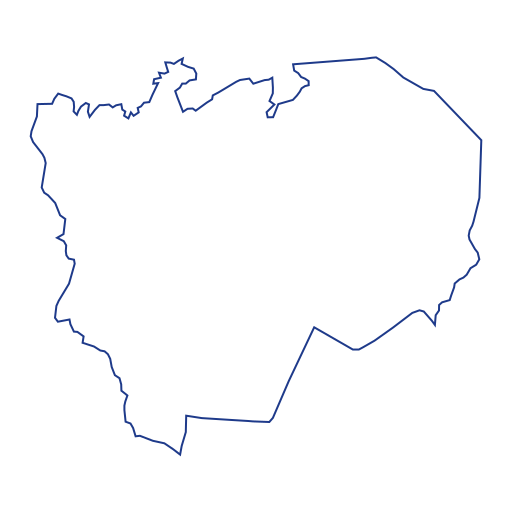 Currais Novos, Rio Grande do Norte, Brazil
{"feature_id": "56859067B29733795279027", "entity_name": "Currais Novos", "entity_type": "district", "adm_level": 2, "iso_a3": "BRA", "parent_name": "Brazil", "parent_adm1": "Rio Grande do Norte", "projection": "robinson", "projection_center": [-36.481, -6.242], "detail": "fine", "context": "isolated", "style": "outline", "palette": "blue", "viewbox_px": 512, "rotation_deg": 0, "n_neighbors": 0, "source": "geoboundaries", "source_scale": "gbopen_adm2", "svg_char_len": 2495}
<svg xmlns="http://www.w3.org/2000/svg" viewBox="0 0 512 512"><path d="M180.1,454.6L181.7,445.9L185.8,432.1L186.2,415.7L201.8,418.1L230.3,419.9L248.2,421.0L253.1,421.4L269.3,422.0L272.9,417.9L288.7,381.2L314.2,327.3L352.8,349.5L358.9,349.5L363.0,347.3L374.5,340.7L393.1,327.5L412.3,312.9L419.5,310.3L423.8,311.5L431.9,320.8L434.9,324.9L435.7,315.2L439.0,310.5L439.1,305.0L442.1,302.3L449.7,300.1L451.3,295.1L454.1,287.4L454.7,283.5L459.5,279.4L463.4,277.6L466.7,274.7L470.5,268.2L476.2,264.7L479.3,259.3L477.7,252.6L474.9,249.0L471.4,242.8L469.5,239.5L468.7,235.6L469.7,230.4L472.2,225.7L473.5,221.7L479.4,197.9L481.3,140.2L434.0,90.9L423.3,88.9L403.3,77.5L393.7,69.1L385.3,63.0L376.1,57.4L371.6,57.8L364.4,58.8L293.1,64.3L294.2,70.6L298.2,73.1L301.1,77.0L304.9,78.6L308.6,81.1L308.7,85.2L305.0,86.1L301.6,88.3L299.8,91.7L296.9,95.6L292.9,99.9L278.3,104.1L276.0,110.0L273.1,117.2L267.7,117.3L266.6,112.2L274.4,104.5L269.5,101.0L272.8,93.4L272.9,87.6L272.3,77.7L268.7,79.7L264.6,80.1L253.3,83.7L249.3,78.6L240.0,80.0L236.2,81.8L223.4,89.5L218.2,92.6L212.8,95.4L212.1,99.3L206.8,102.6L195.7,110.7L192.7,108.5L187.5,108.8L183.0,111.8L177.3,97.1L175.2,91.1L179.9,87.6L182.2,83.6L185.8,83.6L189.6,80.4L195.9,79.4L196.3,73.6L193.7,68.6L188.1,66.9L181.6,63.9L182.8,58.5L178.6,60.7L173.9,63.9L170.4,62.6L165.3,62.4L166.8,67.5L168.2,71.9L164.5,73.6L159.0,72.7L160.9,77.7L154.1,79.2L153.3,83.7L158.1,83.1L152.5,94.7L149.3,102.1L144.0,102.7L141.0,106.4L137.7,107.9L138.7,112.4L133.6,115.8L130.9,112.4L128.4,118.4L124.1,115.7L125.3,111.5L122.3,109.6L121.3,104.2L116.1,105.3L112.7,107.4L109.0,104.5L103.9,105.1L99.5,105.1L95.0,109.8L89.6,116.9L87.9,111.7L89.0,104.4L85.8,103.0L81.0,106.6L78.4,110.9L76.9,114.8L73.6,111.4L74.1,107.0L73.7,101.8L71.5,98.4L66.4,96.3L62.2,95.0L58.2,93.6L54.3,98.8L52.1,103.8L37.5,104.1L36.9,116.5L31.5,131.2L30.7,136.3L33.1,142.1L42.5,154.2L44.4,157.8L45.7,163.1L41.7,187.5L44.2,192.7L48.1,195.3L55.2,203.0L60.1,215.3L65.3,219.0L63.5,234.1L57.1,237.8L63.8,241.2L66.2,245.4L65.8,251.1L66.4,255.3L68.7,258.6L74.0,259.7L74.7,263.7L69.0,283.7L58.7,300.8L56.4,305.9L55.0,317.8L57.9,321.7L69.5,319.5L70.4,324.2L73.9,331.6L77.4,331.9L83.6,336.4L82.6,342.8L94.0,346.5L100.3,350.5L104.6,351.3L107.9,354.2L110.2,358.8L111.7,367.0L114.9,375.2L119.5,378.2L121.2,384.4L121.4,390.7L127.4,395.5L125.3,401.5L124.4,405.6L124.4,410.1L125.6,421.7L130.5,423.5L133.1,428.0L135.6,436.3L139.9,435.8L152.9,440.8L164.4,443.3L173.1,449.2L180.1,454.6Z" fill="none" stroke="#1e3a8a" stroke-width="2"/></svg>